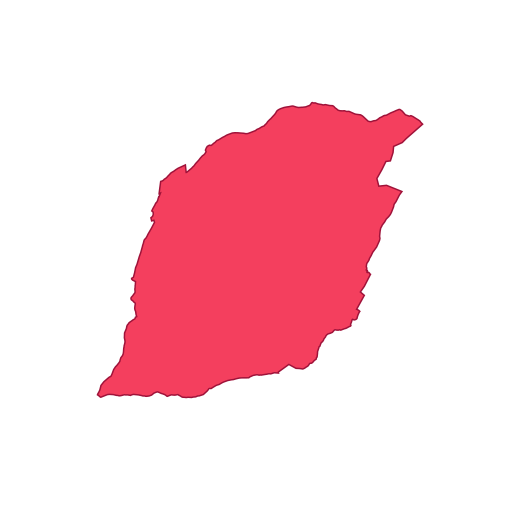 Sinesti, Vâlcea, Romania, rotated 295°
{"feature_id": "2599482B24446821580298", "entity_name": "Sinesti", "entity_type": "district", "adm_level": 2, "iso_a3": "ROU", "parent_name": "Romania", "parent_adm1": "Vâlcea", "projection": "natural_earth1", "projection_center": [23.825, 44.936], "detail": "fine", "context": "isolated", "style": "filled", "palette": "rose", "viewbox_px": 512, "rotation_deg": 295, "n_neighbors": 0, "source": "geoboundaries", "source_scale": "gbopen_adm2", "svg_char_len": 6079}
<svg xmlns="http://www.w3.org/2000/svg" viewBox="0 0 512 512"><g transform="rotate(295 256 256)"><path d="M445.9,351.3L446.8,348.8L447.5,347.7L447.7,347.1L447.8,345.9L448.0,345.3L448.1,343.9L448.7,339.4L448.7,337.7L448.6,337.0L447.5,335.9L447.5,335.7L447.1,331.7L449.1,327.3L449.5,325.3L449.6,324.6L449.5,324.2L449.3,323.7L447.1,321.6L445.1,319.9L442.6,317.6L438.6,314.6L437.8,313.2L436.9,312.3L435.5,311.4L433.5,309.7L432.0,309.0L429.8,307.7L429.4,307.3L428.2,305.4L426.4,303.5L426.1,302.9L425.7,301.5L425.6,300.5L427.7,294.2L428.0,292.8L428.1,291.7L428.1,291.0L426.7,286.6L426.5,285.4L426.4,279.3L426.0,278.3L425.5,277.5L425.3,277.1L425.0,274.8L424.1,273.1L423.5,271.7L423.2,270.9L422.9,269.4L422.9,268.3L423.4,266.8L423.6,265.4L424.4,263.4L424.6,262.4L424.5,261.6L423.8,259.9L423.4,258.8L422.5,254.8L421.6,253.6L421.2,252.8L421.0,251.3L420.4,249.4L420.0,247.7L419.8,245.0L419.5,244.4L419.0,243.6L418.9,242.3L418.8,242.1L418.3,241.7L417.1,241.5L416.3,241.4L415.0,240.9L414.2,240.0L412.2,238.1L410.4,235.2L409.8,234.0L408.6,231.9L408.1,230.1L407.6,226.5L407.4,225.8L406.8,224.8L405.3,222.8L403.8,220.5L402.4,218.6L399.8,215.9L398.0,214.5L396.7,213.8L395.6,213.5L394.4,213.5L392.2,213.1L390.1,212.4L386.5,211.3L385.5,210.8L382.6,209.8L380.5,209.5L378.7,208.7L377.5,208.5L375.4,206.6L372.8,204.9L371.3,203.5L370.5,203.0L369.5,202.6L364.7,198.0L363.7,197.0L363.0,196.0L362.4,194.6L362.1,193.2L360.0,187.6L358.8,184.8L357.4,182.5L354.3,179.4L353.1,178.3L351.0,176.9L349.4,175.6L345.3,172.9L344.3,171.9L343.3,171.4L341.7,170.9L340.4,170.1L338.8,169.4L337.4,168.8L337.2,168.5L336.7,166.9L335.2,165.8L334.7,165.5L333.0,165.3L330.7,165.4L330.2,165.7L329.7,166.5L329.3,166.7L326.9,166.4L325.5,165.9L324.2,165.1L321.3,164.2L318.6,163.6L314.2,162.2L312.0,161.8L310.9,161.5L310.4,161.2L308.2,160.5L303.3,158.2L302.4,157.7L302.2,157.4L308.7,153.5L302.6,148.3L300.4,146.9L297.8,145.5L296.6,144.6L294.8,143.5L293.5,143.3L292.1,142.7L289.1,141.8L287.6,141.0L287.0,140.5L285.4,140.0L284.5,139.4L283.3,138.1L271.6,141.8L272.7,142.8L268.6,143.1L268.5,142.8L267.9,142.9L266.9,143.0L265.5,143.3L263.9,143.4L262.3,143.2L261.9,143.0L261.7,142.8L259.4,142.8L255.4,142.5L252.8,142.5L252.4,143.9L252.2,144.3L250.3,145.3L248.2,145.5L246.2,144.6L243.7,146.6L245.2,148.4L243.6,149.8L236.9,149.5L230.0,148.9L228.0,148.9L225.8,148.7L224.8,148.4L223.9,148.0L222.6,148.0L219.6,148.6L217.6,148.8L216.9,149.0L210.4,150.1L206.1,150.5L198.0,151.7L194.6,151.8L189.4,153.1L184.8,153.9L183.2,152.7L182.6,153.0L182.4,153.3L182.0,154.4L181.9,157.6L179.2,158.7L177.8,159.1L176.8,159.6L174.8,160.2L173.1,161.2L172.5,161.5L171.5,161.8L169.3,161.3L167.9,161.1L165.7,160.4L164.7,160.6L164.1,161.0L163.6,161.6L163.4,163.0L162.7,164.6L162.2,166.4L161.7,166.8L161.2,167.0L160.5,167.1L157.5,168.1L156.1,169.0L154.8,170.4L152.2,172.1L150.6,173.5L149.6,172.6L148.2,172.8L147.5,172.6L146.3,171.6L145.6,171.3L142.9,169.7L141.7,169.1L141.0,169.1L139.2,168.6L137.8,168.6L135.5,169.2L130.7,169.4L126.2,171.3L124.2,172.8L123.0,173.5L121.8,173.9L118.6,174.5L117.5,175.0L116.8,175.0L112.9,176.5L111.1,177.0L109.4,177.1L106.6,176.5L104.4,176.8L103.2,177.1L101.7,177.0L97.9,176.1L96.3,175.5L93.0,175.0L88.1,175.4L86.4,175.4L85.4,175.2L84.3,174.3L83.6,173.9L77.8,171.3L73.2,170.2L68.6,171.1L66.5,171.1L63.9,170.9L63.2,171.0L63.0,172.5L62.5,173.8L62.4,175.0L67.6,179.9L68.7,181.7L70.1,185.3L70.7,188.3L71.2,189.6L71.4,190.8L71.7,191.6L72.6,192.9L74.2,194.8L74.7,195.5L75.0,196.6L75.8,198.1L76.7,201.3L77.1,201.5L77.6,202.0L78.5,203.0L78.8,203.5L80.4,208.0L81.1,210.9L81.4,212.8L82.0,213.8L82.2,215.1L82.6,216.1L84.0,218.3L85.3,219.6L85.8,220.1L86.7,220.6L88.5,221.4L90.5,223.2L91.3,224.3L91.4,225.9L91.4,228.1L91.7,230.0L91.8,232.0L91.7,232.9L91.3,234.4L91.3,234.8L91.6,235.2L92.9,236.4L94.4,237.9L95.1,240.0L95.7,241.4L97.3,243.6L97.4,244.0L97.2,245.1L97.2,246.6L96.9,248.2L97.1,249.6L97.5,250.3L98.2,252.5L99.3,254.2L100.4,257.0L100.7,257.6L101.5,258.5L102.9,260.9L104.5,262.3L105.2,263.6L108.2,266.8L112.7,268.7L114.1,269.1L115.6,269.3L116.0,269.5L116.3,269.8L116.7,270.9L117.1,271.5L118.5,272.3L121.9,274.6L122.6,275.3L124.0,276.9L126.5,278.6L128.0,279.8L131.2,283.0L133.4,286.0L134.5,287.8L136.2,289.7L138.3,292.4L139.5,294.5L142.4,300.6L142.7,301.0L143.7,301.4L146.6,303.9L148.6,306.7L149.0,307.6L149.3,309.2L149.9,310.0L150.3,311.1L151.7,313.1L153.7,316.1L154.0,316.4L154.9,317.7L155.2,318.7L155.7,319.5L157.9,321.9L159.4,325.8L159.8,325.4L160.5,325.3L161.2,325.9L161.4,325.9L171.6,331.6L171.1,339.7L172.5,343.2L173.4,346.2L174.9,347.5L176.5,348.4L178.1,349.5L179.2,349.8L180.9,350.0L181.4,350.2L181.7,350.6L182.4,351.7L182.9,352.0L184.1,352.5L186.0,353.0L187.8,354.1L188.2,354.1L189.0,353.8L189.5,353.8L189.9,354.0L190.7,353.9L193.7,352.9L195.3,352.2L198.9,351.8L200.2,351.5L201.1,352.0L204.4,351.7L205.6,352.0L206.5,352.5L207.6,352.6L208.3,352.7L209.6,352.6L212.2,353.2L213.3,353.1L214.6,353.5L215.8,354.2L217.3,355.9L219.1,357.5L221.9,358.3L222.3,358.5L222.7,359.3L223.0,360.6L223.7,362.1L224.6,363.1L224.5,363.7L224.7,364.2L227.4,366.8L227.6,367.1L228.5,368.1L229.2,368.7L231.4,370.3L232.3,371.2L232.8,371.4L233.1,371.4L234.2,370.5L235.9,370.5L238.5,370.1L239.1,370.1L239.5,370.4L239.5,371.7L239.8,372.4L240.8,373.4L241.6,373.8L242.3,373.9L243.4,373.6L246.0,373.3L248.7,373.3L249.7,373.5L250.2,372.0L250.3,370.7L250.2,369.7L266.1,370.8L267.5,365.8L274.4,367.0L287.8,367.5L287.9,366.7L288.4,366.1L288.8,364.9L288.5,364.4L288.7,363.9L288.1,363.7L288.3,363.3L289.9,363.1L290.0,362.9L289.7,362.7L289.6,362.2L289.8,361.9L290.4,361.7L291.3,361.7L291.9,361.5L292.2,361.2L292.8,360.5L295.7,359.6L296.3,359.6L298.9,360.0L299.9,360.1L301.9,359.9L305.1,360.2L308.6,360.2L315.1,361.5L321.5,361.4L322.7,361.3L324.3,360.9L326.1,359.7L328.3,358.9L331.2,357.9L333.7,357.3L334.4,357.2L335.8,357.4L337.1,357.3L341.3,358.2L344.2,358.4L345.0,358.6L347.7,359.6L350.3,360.2L352.7,360.3L358.7,359.9L361.2,359.3L364.3,359.9L370.3,360.1L372.1,360.2L376.1,361.0L375.2,344.4L371.2,337.8L377.3,332.8L387.4,333.6L396.6,333.8L399.0,337.6L407.6,336.5L413.5,334.4L420.6,340.6L425.9,342.5L445.9,351.3Z" fill="#f43f5e" stroke="#9f1239" stroke-width="1.5"/></g></svg>